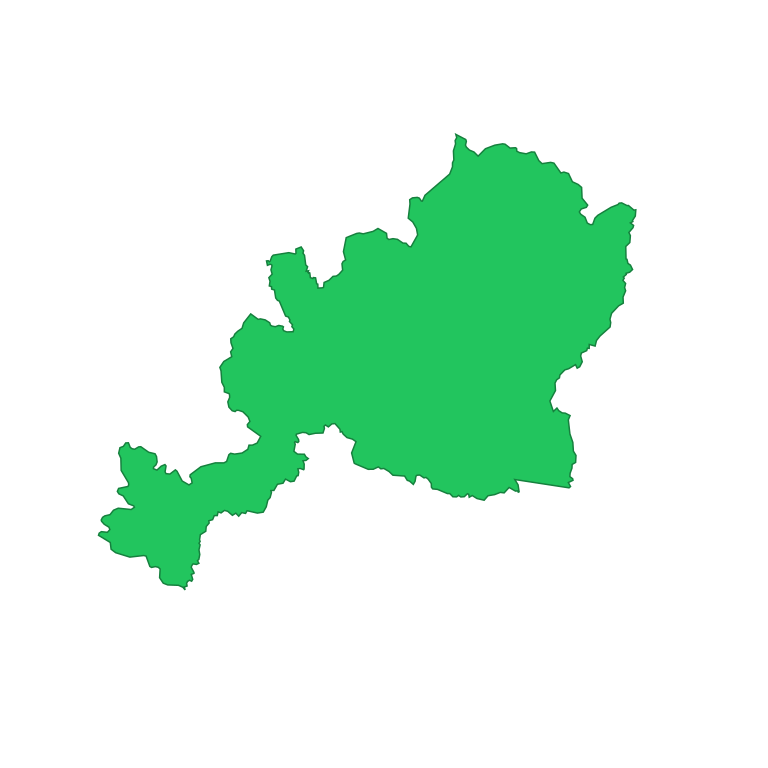 outline of Jopala, Puebla, Mexico, rotated 115°
{"feature_id": "50627088B36485372872762", "entity_name": "Jopala", "entity_type": "district", "adm_level": 2, "iso_a3": "MEX", "parent_name": "Mexico", "parent_adm1": "Puebla", "projection": "albers", "projection_center": [-97.765, 20.202], "detail": "fine", "context": "isolated", "style": "filled", "palette": "green", "viewbox_px": 768, "rotation_deg": 115, "n_neighbors": 0, "source": "geoboundaries", "source_scale": "gbopen_adm2", "svg_char_len": 6171}
<svg xmlns="http://www.w3.org/2000/svg" viewBox="0 0 768 768"><g transform="rotate(115 384 384)"><path d="M553.3,596.4L558.9,595.2L562.5,591.1L573.4,585.7L581.5,573.8L583.5,572.7L585.1,572.8L590.8,580.4L594.0,580.3L595.6,577.9L595.6,573.1L600.6,565.0L600.2,559.4L601.2,558.1L604.6,560.1L608.9,572.4L612.7,575.8L618.2,577.1L621.5,581.3L623.8,582.7L626.8,582.8L627.8,581.9L629.4,578.2L630.0,572.8L631.8,570.9L635.3,572.0L637.3,577.8L639.6,579.1L641.8,578.8L643.3,565.1L649.1,561.5L650.3,555.9L648.3,541.2L641.0,529.3L640.5,526.9L648.3,519.1L648.5,517.2L646.1,514.0L645.5,511.1L646.3,508.7L654.4,505.5L657.8,499.9L657.5,495.1L653.3,485.2L653.2,480.4L654.7,477.2L652.4,479.2L650.3,477.1L648.0,478.7L646.0,478.6L644.1,477.4L644.0,475.0L641.9,474.8L638.0,478.2L635.9,476.2L635.1,476.6L631.6,481.2L629.9,481.5L627.7,481.0L626.8,477.7L624.7,476.0L623.0,478.4L621.2,477.7L616.4,478.9L612.5,481.6L607.5,482.7L606.5,484.4L604.4,484.1L603.2,485.3L598.2,486.8L592.8,483.3L588.3,484.9L583.9,483.7L582.0,485.0L579.4,482.0L575.0,482.2L573.7,479.5L570.0,480.3L569.7,477.2L566.0,475.2L565.4,471.9L567.1,465.9L563.7,463.7L565.2,459.8L560.7,458.6L559.8,454.8L556.7,454.5L554.5,444.2L551.2,439.3L545.1,438.8L538.4,440.2L535.1,439.2L530.0,440.1L528.4,441.5L527.0,438.8L519.9,438.2L516.6,433.6L511.8,433.1L512.1,427.5L510.0,424.4L504.3,424.3L503.3,423.1L500.0,424.0L497.3,426.2L496.0,424.3L495.6,420.6L494.9,420.5L490.3,422.5L487.8,425.0L486.2,422.4L483.6,421.1L483.0,424.0L481.3,426.5L484.1,432.7L483.1,437.2L476.1,439.0L474.8,440.4L473.8,440.2L473.5,437.4L472.2,436.9L470.5,437.9L467.7,442.0L466.5,442.2L462.3,437.4L461.1,434.0L461.5,430.6L457.6,425.3L454.2,418.6L449.5,419.2L447.7,420.5L445.9,419.8L446.4,416.3L442.2,414.4L440.6,411.7L443.6,404.8L446.0,403.3L444.9,402.1L446.7,399.7L448.2,394.9L447.3,389.3L448.1,385.0L460.2,384.2L468.3,377.6L468.5,376.4L468.0,362.3L465.8,357.7L461.5,354.1L462.2,351.0L460.6,348.4L461.2,342.4L462.9,337.4L458.7,326.4L461.5,322.2L461.2,319.8L462.6,315.0L459.1,314.7L454.1,316.1L452.7,315.5L451.4,313.1L452.2,308.1L450.9,306.4L451.6,303.7L454.2,299.1L457.5,297.4L458.5,295.5L456.9,291.0L456.5,280.2L455.5,278.1L457.1,273.9L455.6,270.5L453.4,269.3L453.9,266.6L452.2,263.6L448.2,262.0L448.2,260.6L450.6,258.9L447.8,256.9L448.5,251.3L447.0,244.1L441.3,242.5L437.5,237.0L433.1,232.8L431.9,229.1L424.9,226.9L425.5,219.6L424.4,217.7L425.3,216.6L424.6,216.0L418.7,219.9L415.3,225.1L399.9,172.4L398.1,171.6L395.4,175.3L391.4,172.0L390.1,173.0L389.4,176.4L386.3,177.6L380.8,178.1L377.4,179.5L374.1,177.2L367.6,179.8L364.8,184.0L357.1,188.2L350.7,194.4L338.6,201.8L334.0,202.0L333.8,207.4L334.9,210.3L334.3,214.4L332.7,217.1L337.3,218.9L329.3,226.5L317.5,225.8L310.9,229.4L307.2,229.3L304.3,227.6L301.5,228.4L294.8,226.1L292.1,223.1L285.5,218.6L288.0,215.6L285.7,213.9L280.1,213.7L275.5,217.6L272.5,218.2L268.1,214.4L265.6,214.8L265.0,213.1L261.4,214.7L260.4,208.7L254.8,209.8L249.2,208.5L236.8,203.2L232.5,204.5L229.8,206.6L223.7,207.6L214.0,204.4L209.6,201.3L204.2,204.1L197.4,204.4L194.9,206.7L190.8,207.5L189.1,211.3L186.6,211.0L185.9,212.3L182.3,210.7L181.4,211.4L178.9,208.6L175.2,207.1L172.1,210.9L171.6,213.9L168.3,216.5L168.4,217.5L157.2,223.0L151.9,221.0L145.4,223.4L143.2,226.1L137.1,224.4L134.8,224.8L133.9,228.8L131.6,227.1L130.8,227.9L125.6,227.2L119.7,229.4L120.8,231.0L118.9,237.9L119.6,239.2L119.4,245.1L120.7,247.3L122.5,247.8L127.9,252.9L140.7,261.5L144.5,262.9L151.2,262.3L152.4,264.4L152.2,267.8L147.9,272.3L147.0,277.4L145.5,279.7L142.0,279.2L138.4,275.3L135.8,275.0L131.9,283.0L122.3,288.0L121.1,292.3L121.1,298.7L115.3,305.7L115.9,310.5L118.0,312.9L112.0,323.3L112.7,326.6L117.5,333.9L116.1,338.1L110.2,345.5L111.4,348.5L115.3,352.4L117.0,358.9L116.9,362.0L114.5,363.4L114.3,364.7L116.9,369.5L115.5,375.6L116.2,378.0L120.7,384.5L127.9,391.5L137.7,395.0L135.7,400.5L135.9,405.4L134.5,409.5L133.1,411.1L129.3,411.9L127.9,413.2L127.4,424.4L130.0,422.2L133.3,422.4L136.2,420.6L143.4,419.6L151.4,415.4L154.6,415.4L158.3,413.7L166.0,413.2L195.6,426.6L202.0,426.5L202.4,427.5L200.6,430.5L200.8,432.7L203.3,436.9L206.1,438.6L209.9,436.5L223.5,432.1L225.0,426.4L229.2,420.4L234.7,416.5L248.3,417.5L248.8,419.7L247.1,423.5L248.3,426.4L247.2,432.9L248.5,437.3L251.0,440.7L250.5,442.9L246.4,445.4L245.6,455.2L250.3,458.4L256.7,466.3L257.6,470.2L259.1,472.4L267.3,480.1L281.2,476.7L287.8,471.2L290.2,472.8L292.8,472.9L298.3,469.6L303.8,471.3L306.3,472.8L308.0,475.7L313.3,477.7L317.3,481.2L322.1,479.6L323.0,480.7L325.0,484.4L321.5,486.2L321.6,487.4L316.7,490.9L317.4,493.0L318.5,493.1L318.7,495.7L314.7,498.2L314.7,499.6L315.7,498.4L314.9,500.3L313.3,500.3L314.7,502.2L310.0,502.8L309.1,505.3L301.0,510.4L299.7,512.7L297.2,513.2L294.8,517.0L299.0,520.9L302.8,519.0L303.7,519.4L305.2,525.8L314.0,538.8L316.1,539.5L320.7,539.1L321.7,539.6L321.2,541.0L322.1,542.5L325.7,539.8L323.6,537.8L323.4,536.3L324.3,535.4L328.3,534.7L331.7,531.8L336.3,533.3L339.1,530.7L343.6,529.4L343.3,527.1L345.5,525.9L345.1,523.0L351.8,518.5L353.2,515.9L353.1,513.9L364.0,501.9L363.7,499.0L365.7,496.3L367.3,496.1L369.0,492.0L371.0,491.7L372.2,489.0L375.0,488.4L377.9,494.1L378.1,497.3L377.1,498.9L374.7,499.3L374.5,500.4L375.4,504.1L378.0,506.7L378.8,509.8L378.7,511.7L376.8,513.5L376.1,518.8L377.2,523.5L378.6,525.4L376.8,534.4L387.9,537.0L393.5,536.2L398.1,538.9L401.8,540.3L404.7,540.2L407.8,542.0L411.3,540.1L415.6,535.9L419.7,536.6L423.6,533.5L431.3,538.7L438.3,539.8L440.9,537.3L451.0,531.7L454.5,527.3L458.6,525.4L458.2,520.2L459.3,519.3L461.4,518.2L466.2,518.0L470.5,514.8L472.4,510.3L471.9,507.3L470.1,506.5L469.3,504.6L468.8,500.2L471.3,493.2L474.6,489.7L478.6,490.7L480.5,489.5L483.5,473.6L491.1,474.0L495.0,477.4L496.5,480.5L500.7,479.8L506.5,483.4L510.7,489.8L511.6,493.7L513.6,494.7L520.7,493.9L523.2,495.8L526.8,503.6L536.4,515.0L548.2,521.3L550.1,520.7L550.9,518.9L554.7,516.1L557.9,518.1L557.2,525.9L550.5,534.8L550.0,536.8L556.1,540.0L557.4,543.7L556.1,545.3L550.4,546.9L549.6,548.5L552.6,551.2L558.0,553.4L558.2,557.2L556.6,557.7L553.7,556.5L550.5,556.7L545.9,559.5L544.0,562.0L545.3,568.4L543.6,577.9L544.7,579.8L548.5,582.4L549.1,584.9L548.7,587.2L545.3,590.8L546.6,593.2L550.6,593.8L553.3,596.4Z" fill="#22c55e" stroke="#15803d" stroke-width="1.5"/></g></svg>